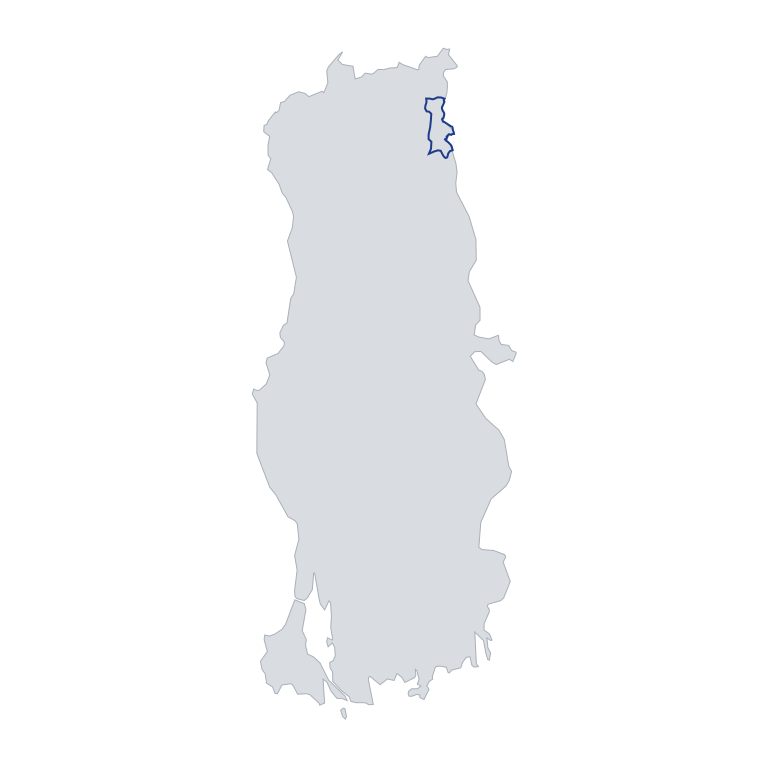 where Sirnak sits in Turkey, rotated 268°
{"feature_id": "TUR-3044", "entity_name": "Sirnak", "entity_type": "Province", "adm_level": 1, "iso_a3": "TUR", "parent_name": "Turkey", "parent_adm1": "", "projection": "robinson", "projection_center": [42.613, 37.438], "detail": "fine", "context": "in_parent", "style": "outline", "palette": "blue", "viewbox_px": 768, "rotation_deg": 268, "n_neighbors": 0, "source": "natural_earth", "source_scale": "10m", "svg_char_len": 4868}
<svg xmlns="http://www.w3.org/2000/svg" viewBox="0 0 768 768"><g transform="rotate(268 384 384)"><path d="M602.4,275.1L613.2,278.7L616.8,276.1L626.6,276.4L635.5,278.4L640.3,272.6L646.6,273.2L647.7,276.2L650.7,277.3L659.8,284.9L658.8,285.8L661.0,288.6L668.9,290.5L669.7,294.3L675.8,300.1L679.0,308.9L677.2,315.1L673.8,319.0L678.7,332.3L677.2,334.0L686.8,338.4L698.9,337.7L702.8,339.5L714.5,350.2L717.5,354.3L709.4,349.2L704.8,353.6L702.6,364.0L689.8,365.9L691.8,372.7L695.3,375.9L694.1,382.3L695.1,384.8L698.6,389.0L698.2,394.8L699.6,400.9L699.7,408.2L705.0,410.4L702.6,413.8L696.8,428.6L697.2,429.8L701.2,430.2L710.1,437.1L708.6,439.3L709.7,448.8L717.5,455.0L716.2,458.1L716.5,461.3L710.9,459.9L699.5,468.3L698.2,468.1L696.6,465.2L696.2,456.7L693.5,454.5L689.9,454.0L683.7,457.8L678.0,457.7L672.4,456.9L657.4,451.7L651.9,453.5L646.2,451.5L635.0,461.9L631.6,462.7L629.9,457.6L626.1,454.7L621.0,458.6L601.8,463.6L592.9,464.4L582.1,462.7L573.2,463.2L548.7,474.8L525.3,480.9L504.5,480.5L493.2,473.2L484.3,471.6L457.4,482.6L444.3,482.2L440.0,477.7L430.0,475.8L427.7,480.1L425.4,490.5L428.7,500.0L423.0,500.6L419.4,502.7L418.2,509.9L413.0,512.7L411.1,517.1L410.2,517.2L402.0,513.6L404.3,510.1L399.5,496.8L402.1,492.7L413.2,481.9L413.1,475.6L408.6,471.2L394.6,479.1L393.3,482.2L390.1,484.6L385.0,485.5L360.9,475.2L346.3,484.3L333.7,497.4L324.3,502.3L297.1,505.9L292.2,508.5L283.0,505.7L277.6,502.2L265.6,487.2L242.4,475.9L217.5,473.1L215.1,476.0L213.8,487.6L209.3,498.5L207.2,499.7L201.8,496.9L182.2,503.3L166.1,496.2L163.4,493.1L160.3,480.4L158.0,479.5L155.3,481.3L152.5,481.2L141.0,475.7L134.6,475.4L130.5,480.7L124.2,483.0L124.1,481.4L126.7,478.0L116.8,478.6L111.4,481.2L104.3,479.6L104.9,478.2L110.8,476.5L124.1,474.5L132.9,466.1L101.4,466.5L98.2,468.4L98.0,464.0L99.9,462.0L108.3,460.4L108.0,456.7L103.1,452.8L97.7,450.8L95.7,441.6L93.0,439.3L93.4,438.0L98.7,436.4L100.2,429.7L99.6,425.6L89.7,422.0L87.4,422.4L85.1,418.8L80.8,416.2L77.2,418.3L67.3,412.9L69.4,408.9L71.9,409.0L72.6,405.9L70.9,400.7L71.2,398.1L73.5,397.3L76.0,397.8L78.4,400.9L78.3,406.8L80.9,410.4L83.0,406.8L87.5,408.8L96.0,407.0L97.7,405.4L91.6,405.6L89.4,404.1L85.0,394.4L90.2,391.6L94.2,386.9L87.4,383.7L89.1,377.1L83.6,369.6L92.2,360.0L91.8,358.6L89.3,358.0L64.2,362.1L64.0,357.8L66.1,354.0L66.5,344.8L67.9,339.8L72.6,338.3L78.8,331.0L88.6,322.4L98.1,322.6L102.1,320.2L107.7,320.1L109.2,323.5L114.0,325.8L122.8,325.5L127.1,323.2L123.3,319.0L128.4,317.7L132.3,318.7L129.9,323.3L131.1,323.7L142.5,322.3L154.3,323.4L167.4,322.9L169.2,321.4L160.2,316.8L166.4,312.7L169.7,311.9L197.4,308.1L197.6,307.2L180.9,305.1L172.6,299.7L170.4,296.7L172.5,289.5L174.5,287.7L180.5,287.4L201.0,290.7L215.8,288.7L231.7,293.5L247.2,292.5L250.4,290.4L254.6,283.5L276.9,272.1L284.8,266.2L319.1,254.5L369.5,256.6L378.5,252.0L383.5,253.6L382.0,256.5L382.2,259.3L388.0,266.2L396.9,270.2L409.5,266.8L414.0,268.2L418.1,279.0L425.7,285.4L429.3,285.9L434.2,282.1L438.7,281.7L446.0,285.4L448.5,289.2L472.6,293.7L477.5,297.0L493.8,300.2L530.2,292.5L543.3,297.8L554.4,299.5L559.1,298.7L573.8,292.5L578.4,289.0L587.6,286.0L599.1,279.1L602.4,275.1ZM137.3,256.0L136.1,260.9L137.9,266.2L142.5,273.6L147.4,277.3L171.4,287.3L167.3,296.7L161.1,298.1L140.3,293.6L131.5,297.4L125.4,296.5L116.7,298.2L113.9,303.8L107.5,310.3L90.0,318.3L73.5,334.1L68.9,336.2L71.3,330.8L71.5,326.0L78.6,320.5L88.4,316.3L91.1,312.8L67.2,313.5L65.3,308.6L67.8,307.6L76.1,299.0L77.2,295.5L77.0,286.9L86.8,282.1L87.7,280.0L86.8,271.6L78.2,266.7L78.6,264.3L85.1,262.1L89.1,256.2L98.5,255.1L103.0,252.2L111.2,250.8L120.7,258.1L132.7,255.3L137.3,256.0ZM61.0,333.6L52.9,334.9L50.5,333.6L53.2,331.1L59.5,329.3L61.4,331.8L61.0,333.6Z" fill="#d9dde1" stroke="#a8b0b8" stroke-width="1"/><path d="M652.0,453.7L650.5,453.5L647.6,452.6L647.3,452.4L647.2,451.6L646.9,451.4L646.4,451.3L646.1,451.4L644.4,452.1L644.1,452.2L643.9,452.6L643.9,452.9L643.8,453.1L643.7,453.5L639.3,459.7L638.8,460.9L638.7,461.1L638.1,461.4L635.1,461.8L633.1,462.5L631.5,462.7L631.5,461.5L631.4,460.9L631.1,460.6L630.7,460.1L631.4,457.7L631.1,457.1L630.9,457.0L629.7,456.1L629.5,455.8L629.4,455.4L629.2,455.2L628.7,455.3L628.5,455.6L628.3,455.7L627.3,455.1L626.8,455.1L626.7,454.9L626.8,454.5L626.8,454.0L626.4,453.5L625.7,454.0L625.2,454.3L623.4,456.6L620.8,459.0L619.2,459.9L615.2,460.8L614.5,458.1L612.3,456.3L608.3,455.1L607.7,453.4L609.1,451.8L612.5,450.0L615.1,448.8L615.6,445.9L614.6,442.2L612.5,436.9L617.5,439.2L624.5,439.8L627.2,437.1L631.9,437.3L639.0,439.1L646.4,440.1L652.4,440.7L654.6,438.5L655.0,436.1L657.8,434.7L660.8,435.1L663.5,436.1L664.4,436.3L666.1,436.3L667.8,436.1L667.6,440.0L666.8,442.4L667.4,444.7L668.6,447.5L668.3,451.2L667.4,453.5L667.0,454.4L666.0,453.7L665.6,453.6L665.0,453.7L664.6,453.8L664.3,454.2L664.0,454.2L663.7,454.2L658.8,451.7L658.2,451.5L657.1,451.6L655.7,452.0L654.4,452.5L653.5,453.2L652.0,453.7Z" fill="none" stroke="#1e3a8a" stroke-width="2"/></g></svg>